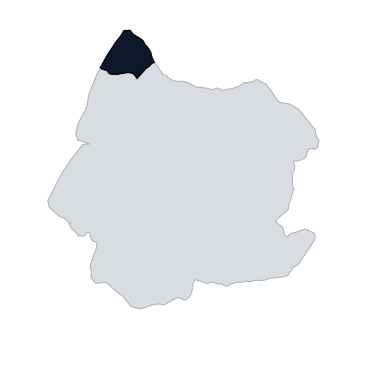 Suriname, with Marowijne highlighted, rotated 291°
{"feature_id": "SUR-67", "entity_name": "Marowijne", "entity_type": "District", "adm_level": 1, "iso_a3": "SUR", "parent_name": "Suriname", "parent_adm1": "", "projection": "albers", "projection_center": [-54.373, 5.594], "detail": "fine", "context": "in_parent", "style": "filled", "palette": "ink", "viewbox_px": 384, "rotation_deg": 291, "n_neighbors": 0, "source": "natural_earth", "source_scale": "10m", "svg_char_len": 3102}
<svg xmlns="http://www.w3.org/2000/svg" viewBox="0 0 384 384"><g transform="rotate(291 192 192)"><path d="M309.9,100.9L304.6,105.4L298.9,111.8L291.2,122.9L291.6,126.3L289.9,129.1L289.5,134.1L290.0,139.6L292.0,143.2L292.9,150.1L291.4,156.4L292.0,160.0L293.5,165.7L294.8,171.8L294.6,174.3L296.5,176.3L298.2,178.2L297.7,183.7L303.7,193.4L307.4,197.6L312.7,201.7L314.7,205.7L317.7,210.6L319.5,211.1L320.5,213.1L319.5,216.8L319.3,222.0L315.9,228.1L308.0,239.1L307.0,241.7L309.1,250.9L308.0,258.4L307.5,262.0L303.6,268.6L294.4,284.6L289.1,287.4L285.9,292.0L283.8,292.1L281.5,292.5L280.8,293.1L277.9,293.0L275.7,291.0L275.3,288.6L274.1,285.8L271.3,285.0L265.9,285.9L264.3,285.2L261.1,282.3L258.5,279.0L257.8,275.9L256.1,276.2L252.0,279.0L249.2,279.6L247.0,278.9L244.6,279.1L238.3,282.1L234.6,282.8L232.0,285.8L214.7,287.2L210.1,288.0L199.8,282.7L197.1,280.9L195.7,280.7L194.6,281.0L193.5,282.1L191.7,288.8L190.2,290.6L187.4,292.0L184.8,294.6L184.3,297.2L188.3,298.6L191.7,303.6L195.4,307.6L198.3,311.1L197.9,315.1L197.4,320.8L195.3,322.7L191.7,323.6L178.5,320.8L168.4,318.4L164.2,317.8L162.3,317.2L159.8,315.1L157.2,313.2L153.1,312.5L148.2,311.2L144.7,306.2L141.0,299.1L139.7,295.9L136.8,292.8L133.9,288.4L133.1,284.5L130.9,280.9L129.8,279.7L128.1,274.8L127.8,273.0L127.0,272.8L125.8,271.2L123.5,266.0L123.0,264.7L122.0,264.3L119.3,260.6L117.2,259.3L116.4,257.4L116.6,252.3L115.5,249.8L115.2,245.0L115.1,243.1L114.0,241.0L112.2,239.6L111.9,236.1L111.5,227.6L110.6,226.1L102.9,226.2L102.1,227.0L98.8,227.5L95.0,227.6L91.7,226.4L88.9,224.9L88.3,223.0L88.8,217.1L84.3,212.6L77.2,207.0L75.1,199.9L72.5,195.5L64.7,186.3L63.4,179.9L63.4,175.5L66.2,171.4L70.1,164.2L71.7,157.7L72.9,154.3L74.9,149.9L76.8,144.1L75.4,140.5L73.1,137.0L72.3,134.4L74.6,130.6L76.9,127.9L79.5,127.6L82.8,126.0L85.4,123.7L89.3,123.1L94.3,122.9L104.3,122.9L109.4,122.0L111.0,120.1L110.8,116.5L113.4,113.3L116.0,112.0L117.1,110.9L117.3,109.7L116.6,108.6L115.5,107.9L112.7,107.6L110.3,102.0L112.0,99.5L114.2,95.0L114.8,92.5L118.2,88.5L119.0,89.8L121.6,82.5L121.9,76.6L124.0,70.7L127.0,63.8L132.5,60.4L164.3,64.0L178.8,67.4L197.4,73.1L200.1,79.2L200.2,73.2L199.3,67.0L204.5,62.6L215.8,61.1L232.8,63.3L247.4,60.7L267.2,61.0L297.3,66.0L310.8,69.4L316.4,72.5L317.4,78.0L316.9,85.1L314.7,91.9L309.9,100.9Z" fill="#d9dde1" stroke="#a8b0b8" stroke-width="1"/><path d="M309.0,101.6L307.8,103.1L302.8,106.6L300.1,109.4L299.5,110.2L298.0,108.7L297.5,108.3L296.6,107.9L294.3,107.1L290.8,104.7L289.9,104.3L278.4,100.0L280.5,97.0L280.9,96.3L281.1,95.7L281.3,94.9L281.4,94.0L281.4,92.7L281.1,90.5L280.2,88.2L278.6,86.0L277.3,83.3L275.3,80.4L274.8,79.3L274.3,77.5L273.8,76.5L273.3,75.1L273.2,74.6L273.0,73.0L273.1,72.2L273.3,71.5L274.6,70.0L275.0,69.1L274.6,64.0L275.0,62.7L275.3,61.9L277.3,62.3L290.0,64.0L297.8,65.8L303.8,67.0L309.1,68.7L313.6,70.0L315.1,70.1L315.9,70.4L317.5,70.3L317.8,70.8L318.5,71.1L318.8,71.7L318.7,72.4L320.3,75.3L320.6,76.4L320.0,77.1L318.5,80.0L317.8,81.3L317.5,83.8L316.6,88.7L315.9,91.2L315.1,92.6L314.0,94.0L312.9,95.0L312.3,95.6L312.1,96.2L311.7,97.4L309.0,101.6Z" fill="#0f172a" stroke="#020617" stroke-width="1.5"/></g></svg>